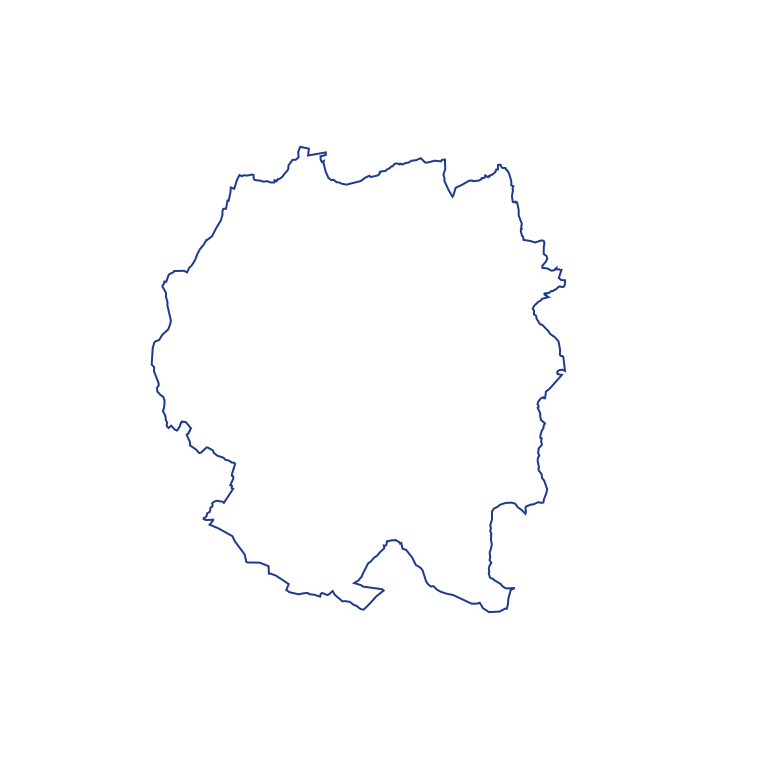 the district of Savadisla, Cluj, Romania, rotated 234°
{"feature_id": "2599482B70181130715167", "entity_name": "Savadisla", "entity_type": "district", "adm_level": 2, "iso_a3": "ROU", "parent_name": "Romania", "parent_adm1": "Cluj", "projection": "orthographic", "projection_center": [23.427, 46.664], "detail": "fine", "context": "isolated", "style": "outline", "palette": "blue", "viewbox_px": 768, "rotation_deg": 234, "n_neighbors": 0, "source": "geoboundaries", "source_scale": "gbopen_adm2", "svg_char_len": 6142}
<svg xmlns="http://www.w3.org/2000/svg" viewBox="0 0 768 768"><g transform="rotate(234 384 384)"><path d="M142.1,370.0L146.3,363.3L147.7,362.1L151.0,360.9L153.4,360.9L161.2,357.6L162.4,357.6L164.5,356.1L165.8,356.2L169.3,357.5L170.0,358.6L172.9,360.2L174.8,362.3L176.3,365.7L179.5,365.9L181.3,368.0L185.8,370.6L187.4,373.1L190.9,377.0L195.6,379.2L197.6,381.1L198.7,381.4L199.5,382.8L202.7,383.5L204.1,385.5L207.1,386.8L211.0,391.8L217.4,396.4L218.6,399.8L217.9,403.7L218.1,406.9L216.3,412.5L212.9,417.6L210.1,419.8L205.5,419.8L201.2,421.3L195.9,422.1L196.9,423.4L201.0,425.9L201.4,427.0L200.0,432.3L198.9,433.7L197.7,439.4L195.1,441.7L194.5,443.4L196.7,445.6L200.4,451.4L203.0,454.2L211.8,456.8L215.0,456.6L218.7,458.6L222.9,458.3L224.8,459.2L225.5,460.4L231.5,463.1L233.6,465.0L235.0,467.7L237.9,468.2L239.9,470.5L240.9,471.0L241.9,475.6L242.6,476.4L245.3,477.4L247.2,479.6L248.4,478.8L250.4,480.2L253.4,484.1L254.7,487.2L256.5,488.7L257.4,491.1L262.4,489.9L265.4,491.0L268.7,493.3L274.4,494.3L274.4,495.2L275.3,496.1L277.5,496.4L279.1,498.6L280.1,502.2L279.8,504.8L278.5,505.0L277.8,505.9L282.7,510.6L282.7,514.6L286.8,533.2L290.0,530.3L291.1,530.5L292.2,531.9L292.2,533.9L290.8,536.6L288.2,538.1L300.5,545.0L302.0,544.6L302.5,543.7L304.3,543.5L307.9,546.4L315.8,550.2L321.2,549.8L327.0,547.8L329.7,548.1L338.8,546.8L340.5,545.4L347.0,545.8L349.8,547.1L352.2,546.3L355.2,548.5L357.5,548.5L358.9,551.3L359.8,556.9L359.4,560.5L360.1,561.7L357.6,568.2L361.9,566.4L362.8,566.9L362.7,567.8L361.4,568.5L361.6,569.5L360.7,570.9L360.9,573.8L359.9,575.3L360.0,576.9L359.5,578.4L359.9,581.5L359.7,583.7L358.3,584.5L357.0,586.3L357.8,588.4L361.4,591.5L364.0,588.5L367.0,587.7L372.0,594.6L372.6,593.6L374.1,592.9L375.6,590.5L376.5,591.5L376.1,588.2L377.2,586.1L381.4,584.1L384.9,580.4L386.7,581.8L387.7,586.5L389.3,589.7L392.0,590.7L395.4,589.7L400.6,593.5L403.7,596.6L405.6,597.3L406.9,596.7L407.8,595.4L409.6,589.6L413.6,586.5L418.6,581.6L421.2,583.0L422.8,582.8L426.8,584.3L428.9,585.8L428.6,586.7L430.1,587.1L432.7,589.7L441.1,592.0L445.9,595.4L451.3,597.8L452.8,598.3L453.4,597.2L454.2,597.6L455.1,595.5L455.6,595.2L460.9,598.0L464.8,602.1L466.7,603.0L467.9,604.9L470.0,603.7L472.6,605.8L475.9,607.2L481.2,609.0L484.5,609.3L484.9,608.8L487.4,609.2L488.5,607.5L490.1,606.5L493.0,607.1L494.2,604.9L490.6,602.3L491.5,600.9L490.0,598.5L489.7,594.6L490.3,593.5L489.9,590.8L490.6,591.0L490.6,589.4L493.2,588.6L491.7,586.5L493.2,583.9L492.4,583.2L492.9,580.1L495.8,575.2L496.6,575.1L498.4,572.5L499.3,564.2L500.6,557.3L495.9,551.1L495.3,549.5L503.1,550.3L513.1,552.3L514.3,553.6L518.5,555.2L521.9,559.9L529.8,565.2L531.2,562.5L530.6,560.9L534.8,556.4L537.3,550.0L538.8,547.5L545.0,546.5L546.3,541.4L548.4,537.6L548.9,533.3L550.0,531.7L550.6,528.2L552.2,527.3L552.8,526.3L552.4,525.8L554.7,524.2L555.6,522.9L555.8,522.0L555.1,518.8L555.8,517.6L555.2,515.6L555.7,514.1L555.6,510.3L557.9,506.1L557.9,504.9L556.8,504.5L556.3,501.9L558.6,496.3L559.5,494.8L561.1,494.6L561.9,490.0L561.9,484.4L567.3,470.9L570.9,467.5L573.5,466.1L575.1,464.3L578.8,463.2L579.8,461.2L583.5,460.2L590.2,461.7L598.4,465.0L599.8,466.4L600.0,464.2L602.4,464.5L605.5,466.4L603.5,471.5L605.6,473.0L613.5,456.9L618.6,461.6L625.1,455.6L622.0,450.8L617.6,448.2L617.3,444.3L619.1,441.8L617.0,435.2L614.5,433.2L613.4,431.3L612.7,427.6L611.5,423.8L611.3,421.0L611.6,418.7L612.2,418.4L611.2,416.3L614.0,415.0L611.9,415.1L611.6,413.5L613.9,410.5L616.5,409.0L618.9,404.9L620.5,404.1L624.8,399.6L625.6,399.1L627.6,399.8L629.8,401.3L631.1,400.2L632.8,396.2L635.3,393.2L635.6,391.2L638.0,389.9L635.4,384.9L630.0,377.6L633.0,375.6L628.8,371.9L623.5,366.0L624.4,365.2L618.6,359.2L619.9,357.6L620.1,356.5L618.0,354.2L615.8,352.8L612.2,348.1L608.7,339.7L604.6,331.7L604.5,325.2L604.9,324.9L602.7,320.0L601.4,314.7L599.0,309.6L595.3,304.0L592.9,298.0L592.5,294.8L590.1,290.2L593.1,288.8L598.8,280.5L598.2,279.2L599.0,275.4L598.9,274.0L594.7,267.9L596.0,266.5L594.6,265.3L593.8,262.6L593.1,262.1L586.0,261.2L582.3,258.7L577.7,257.1L575.0,255.0L560.6,248.9L557.7,245.7L555.0,241.4L554.1,233.5L551.8,228.0L552.8,224.3L552.6,222.7L549.2,218.2L536.3,207.5L532.5,207.9L529.6,205.4L517.3,202.2L515.4,201.1L514.4,198.2L511.1,196.2L506.3,196.8L503.4,197.8L500.1,197.0L496.2,194.1L493.2,191.0L492.2,189.3L486.4,188.3L483.2,186.3L480.2,185.9L478.3,183.9L476.5,183.5L475.0,183.8L475.4,187.3L470.0,188.0L468.1,189.0L468.3,190.9L469.2,191.8L469.4,193.3L472.0,197.0L472.3,198.1L471.8,198.0L471.2,199.9L469.5,201.3L461.5,201.8L461.1,200.4L459.9,198.9L459.9,197.6L458.9,196.9L458.9,194.5L451.0,192.8L448.3,191.0L441.1,193.5L436.7,193.9L436.0,195.7L437.0,203.2L436.0,204.1L430.7,206.6L428.5,205.8L424.0,207.0L418.7,210.8L415.7,211.2L414.0,212.9L411.6,214.3L410.4,214.3L408.2,216.5L406.9,216.6L400.5,208.1L399.2,207.0L397.9,207.8L396.0,206.4L392.5,200.2L391.2,201.2L389.5,199.6L387.9,200.4L382.0,184.6L383.5,184.3L387.9,180.0L388.7,177.1L388.5,174.8L386.5,174.0L385.8,172.7L386.0,171.0L383.0,168.0L383.3,164.8L381.5,163.0L381.1,161.0L381.5,159.3L380.8,158.7L378.5,160.1L374.7,166.0L374.1,165.5L372.7,160.2L364.5,165.2L350.0,171.9L344.2,170.9L328.1,171.1L321.0,168.1L319.8,168.7L312.6,178.4L304.5,183.5L298.2,179.4L297.4,180.7L292.2,184.1L278.1,189.3L274.8,183.9L271.2,185.1L264.0,191.3L262.3,195.2L259.8,199.5L257.9,200.0L254.4,203.8L249.6,207.3L251.3,209.3L251.4,211.1L246.5,214.1L246.2,216.1L246.7,220.8L242.5,220.3L232.6,222.6L231.2,224.9L227.8,228.3L223.1,229.7L220.6,231.4L216.4,232.5L214.5,233.8L213.4,234.9L214.7,243.4L216.7,252.8L217.1,262.3L219.0,261.9L232.6,247.8L234.6,247.3L240.5,242.9L240.1,248.0L241.1,251.6L241.0,252.4L242.5,254.5L248.2,265.7L248.1,268.9L249.4,274.3L249.1,277.3L250.4,282.5L251.0,287.7L253.4,288.9L252.5,289.6L252.5,291.3L255.1,294.3L254.1,295.4L253.0,298.5L251.0,301.0L251.1,301.6L246.6,303.5L245.4,303.2L245.2,304.5L239.9,302.2L236.8,304.4L227.2,304.8L218.9,303.4L213.9,305.5L210.6,305.7L199.4,302.0L195.7,302.0L192.5,302.9L191.4,305.2L186.3,306.0L182.4,307.9L177.8,311.2L172.6,315.9L154.7,325.8L151.5,330.4L150.8,332.9L144.5,332.3L137.7,334.9L131.9,343.8L131.1,349.9L130.0,351.3L133.3,355.1L137.2,358.4L142.8,365.4L142.1,370.0Z" fill="none" stroke="#1e3a8a" stroke-width="2"/></g></svg>